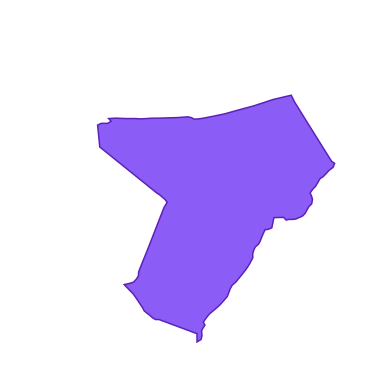 outline of Pacatuba, Sergipe, Brazil, rotated 207°
{"feature_id": "56859067B28654461214030", "entity_name": "Pacatuba", "entity_type": "district", "adm_level": 2, "iso_a3": "BRA", "parent_name": "Brazil", "parent_adm1": "Sergipe", "projection": "equal_earth", "projection_center": [-36.665, -10.515], "detail": "fine", "context": "isolated", "style": "filled", "palette": "violet", "viewbox_px": 384, "rotation_deg": 207, "n_neighbors": 0, "source": "geoboundaries", "source_scale": "gbopen_adm2", "svg_char_len": 1455}
<svg xmlns="http://www.w3.org/2000/svg" viewBox="0 0 384 384"><g transform="rotate(207 192 192)"><path d="M222.8,175.1L220.1,174.9L212.6,173.1L209.5,171.5L209.9,165.4L205.4,120.3L204.9,114.4L203.7,100.5L203.3,96.7L201.7,93.0L202.0,89.1L203.2,85.1L206.3,82.1L210.4,78.7L198.2,74.5L194.8,72.8L182.9,66.1L180.7,64.4L177.7,63.7L173.7,63.0L170.1,62.0L166.7,61.8L163.4,63.4L123.2,68.0L119.5,60.7L117.0,64.6L117.8,68.4L120.6,73.0L120.1,79.4L122.8,81.1L122.4,84.6L121.3,90.7L117.2,100.5L115.7,104.6L113.1,114.9L114.0,123.1L113.9,127.1L112.1,131.5L110.9,136.9L109.6,143.2L108.7,147.8L108.3,151.3L108.0,155.4L108.0,161.1L109.7,164.2L110.5,167.4L110.7,171.7L109.1,175.6L108.9,179.0L109.3,182.7L109.6,186.8L109.8,191.6L107.3,193.2L104.6,196.3L106.0,201.4L107.4,206.3L103.1,208.7L98.7,211.0L95.5,209.7L93.0,211.7L89.8,213.3L87.3,215.0L85.1,217.7L82.6,220.8L81.5,224.4L81.4,228.4L81.2,232.0L80.0,235.9L81.3,240.2L83.7,242.7L86.3,244.8L85.7,249.3L84.5,253.0L84.2,257.5L84.0,261.9L82.1,265.3L81.1,268.4L79.7,273.5L77.5,278.0L77.9,282.3L81.5,282.7L118.5,304.9L124.0,308.2L136.7,315.9L141.4,318.7L147.5,323.3L161.8,311.2L168.5,304.4L176.3,296.6L188.9,285.2L198.8,276.1L209.6,267.5L215.4,262.9L220.3,259.5L223.3,257.9L226.1,258.0L229.6,257.2L239.3,251.4L253.9,243.4L262.0,239.1L271.0,233.8L275.7,231.8L284.3,227.4L293.3,223.3L299.6,219.6L296.2,218.4L298.3,214.9L304.0,212.0L306.5,208.8L294.6,190.2L222.8,175.1Z" fill="#8b5cf6" stroke="#5b21b6" stroke-width="1.5"/></g></svg>